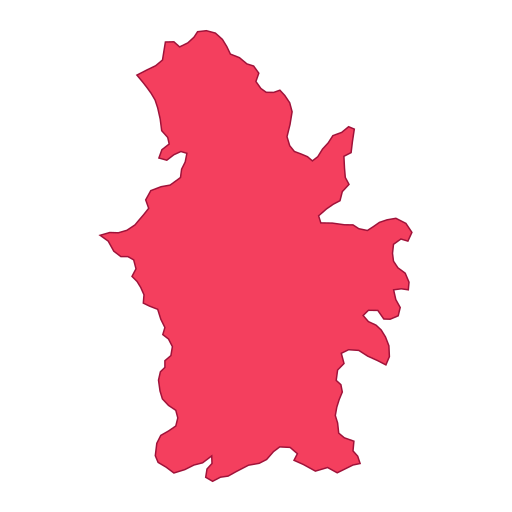 Santana do Deserto, Minas Gerais, Brazil (Mercator projection)
{"feature_id": "56859067B9842068555783", "entity_name": "Santana do Deserto", "entity_type": "district", "adm_level": 2, "iso_a3": "BRA", "parent_name": "Brazil", "parent_adm1": "Minas Gerais", "projection": "mercator", "projection_center": [-43.18, -21.939], "detail": "fine", "context": "isolated", "style": "filled", "palette": "rose", "viewbox_px": 512, "rotation_deg": 0, "n_neighbors": 0, "source": "geoboundaries", "source_scale": "gbopen_adm2", "svg_char_len": 2539}
<svg xmlns="http://www.w3.org/2000/svg" viewBox="0 0 512 512"><path d="M385.9,364.9L389.4,356.6L388.9,345.8L385.5,337.0L381.2,330.0L376.1,325.2L368.4,321.6L363.1,315.5L368.4,310.3L377.8,310.4L383.8,319.0L390.2,319.2L398.2,315.8L400.2,307.5L395.8,299.6L393.6,289.8L401.3,288.8L408.3,289.8L409.0,282.2L405.2,273.2L397.9,267.8L393.5,261.2L392.5,253.3L393.5,244.3L400.9,239.0L407.9,241.1L411.9,232.4L405.9,223.4L395.9,218.3L387.1,219.8L379.4,222.4L373.4,226.6L367.4,230.5L358.8,228.7L353.0,224.9L344.5,224.8L332.3,223.1L320.8,222.9L318.6,215.8L326.5,208.9L333.3,204.2L340.0,200.7L342.3,191.6L349.0,184.4L345.3,177.5L344.5,168.2L343.9,156.3L351.1,152.6L352.4,141.8L354.3,129.1L348.6,126.7L341.7,132.4L332.9,135.6L328.2,142.9L322.5,149.1L317.8,156.7L312.4,160.9L307.5,156.7L301.1,154.0L294.4,151.5L289.7,145.7L287.0,136.7L290.0,124.5L292.1,111.8L289.7,102.8L284.8,95.5L279.9,90.2L273.7,92.4L266.2,92.3L260.9,88.5L255.9,81.5L258.8,73.2L253.6,66.0L246.9,63.9L239.5,57.7L230.4,54.1L226.8,46.6L222.4,39.4L215.4,33.1L206.4,30.7L197.6,31.7L194.0,37.2L187.8,42.9L179.6,46.9L173.9,41.8L165.4,42.0L164.2,49.4L162.5,60.0L155.7,65.7L147.4,69.7L136.9,75.1L142.9,82.3L147.1,87.7L151.2,93.4L155.1,100.0L157.7,107.9L160.2,119.0L161.7,130.7L167.7,137.4L169.2,144.0L161.9,149.7L158.9,158.0L166.8,160.2L173.9,154.7L180.9,151.5L186.9,153.3L185.2,162.0L181.6,169.2L180.5,177.5L175.2,181.4L170.1,185.1L161.1,186.7L150.8,190.6L145.7,199.9L148.7,208.3L143.3,215.1L139.0,220.1L135.0,224.9L126.9,230.3L118.3,232.8L109.8,232.5L100.1,235.3L108.2,241.1L113.8,251.2L120.9,256.6L127.9,256.6L133.7,259.9L136.0,268.8L132.0,276.4L137.1,281.5L140.7,287.4L144.0,294.8L143.3,303.1L149.5,306.1L157.7,309.3L160.8,319.2L164.9,327.5L162.8,334.6L168.5,339.0L172.4,346.6L170.9,355.6L164.9,360.7L164.9,367.4L160.4,371.8L158.5,380.1L160.0,390.9L162.4,398.9L168.5,405.4L175.8,410.3L177.8,417.9L175.8,426.0L168.5,431.0L160.8,435.4L156.8,443.3L155.3,455.7L158.1,462.4L166.2,467.2L173.9,473.0L184.8,469.6L194.0,465.0L202.6,462.8L211.7,455.9L212.0,463.5L207.0,469.0L205.7,477.3L212.6,481.3L220.4,477.2L228.1,476.1L235.8,471.8L248.5,465.2L259.2,463.3L266.6,459.5L273.5,451.6L279.7,446.9L290.1,447.4L297.4,453.7L294.0,460.3L303.4,464.5L315.4,471.1L327.6,467.5L337.2,472.8L353.0,465.0L360.1,463.5L357.7,456.2L353.0,450.9L353.9,441.2L344.3,437.8L338.7,433.1L337.6,423.0L335.3,415.5L336.8,407.1L339.2,399.5L342.3,392.0L340.9,384.7L336.2,380.4L337.6,370.0L344.0,363.5L341.3,353.3L348.6,349.7L358.8,350.4L367.8,356.2L377.4,360.5L385.9,364.9Z" fill="#f43f5e" stroke="#9f1239" stroke-width="1.5"/></svg>